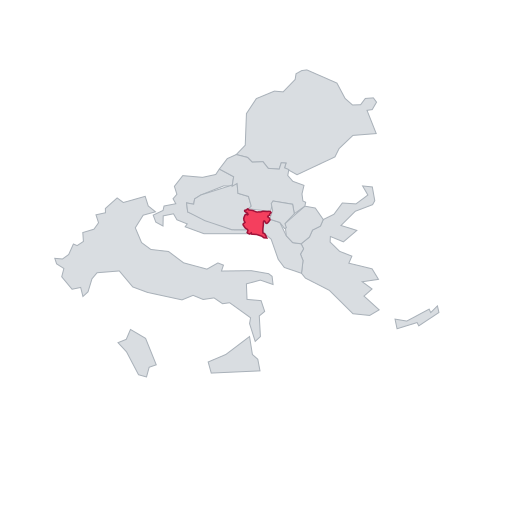 Montenegro highlighted, Equal Earth projection, rotated 331°
{"feature_id": "MNE", "entity_name": "Montenegro", "entity_type": "country or territory", "adm_level": 0, "iso_a3": "MNE", "parent_name": "Europe", "parent_adm1": "", "projection": "equal_earth", "projection_center": [19.258, 42.706], "detail": "fine", "context": "with_neighbors", "style": "filled", "palette": "rose", "viewbox_px": 512, "rotation_deg": 331, "n_neighbors": 9, "source": "natural_earth", "source_scale": "50m", "svg_char_len": 5099}
<svg xmlns="http://www.w3.org/2000/svg" viewBox="0 0 512 512"><g transform="rotate(331 256 256)"><path d="M413.6,170.7L420.8,174.4L428.0,171.2L435.3,174.6L436.0,179.9L428.6,184.3L423.7,182.4L420.5,207.2L399.2,197.5L380.8,202.3L373.1,207.6L331.3,204.8L323.7,192.7L327.3,189.3L323.3,186.7L318.4,191.3L309.2,185.3L307.8,176.9L298.2,172.1L296.4,165.7L287.9,157.7L300.3,153.9L316.7,126.8L332.6,118.5L352.0,120.7L359.3,125.6L375.8,120.6L379.4,116.0L385.9,116.0L390.7,117.9L410.6,144.0L410.3,161.4L413.6,170.7Z" fill="#d9dde1" stroke="#a8b0b8" stroke-width="1"/><path d="M390.5,387.6L388.6,394.1L364.5,396.0L364.6,392.3L344.1,388.0L347.0,378.6L356.3,386.0L381.7,386.4L381.4,390.2L390.5,387.6ZM332.5,256.7L344.4,257.3L357.2,251.5L368.7,258.9L383.4,256.9L383.2,246.4L391.2,252.0L386.7,265.2L382.9,267.6L364.5,265.0L345.1,270.5L356.6,282.5L339.3,286.0L330.5,275.0L327.6,279.7L331.4,292.5L339.8,302.6L333.7,307.3L351.3,323.5L351.8,335.8L336.4,330.0L341.5,341.1L331.0,343.4L337.6,362.8L326.6,363.1L312.8,353.5L303.5,321.6L288.5,299.3L287.4,293.2L294.9,282.8L295.8,275.9L301.1,272.8L301.4,267.2L311.9,265.3L318.0,260.7L326.8,261.1L332.5,256.7Z" fill="#d9dde1" stroke="#a8b0b8" stroke-width="1"/><path d="M301.4,267.2L301.1,272.8L295.8,275.9L294.9,282.8L287.4,293.2L275.2,279.8L273.8,269.7L277.4,248.7L273.6,238.7L280.5,228.4L281.5,232.3L285.8,230.4L293.1,238.2L292.3,253.0L294.6,262.1L301.4,267.2Z" fill="#d9dde1" stroke="#a8b0b8" stroke-width="1"/><path d="M230.9,150.2L247.4,161.3L260.3,165.2L266.1,162.2L274.9,175.8L268.9,183.5L261.8,179.0L237.4,175.9L230.0,176.3L226.6,180.5L221.0,175.9L217.6,184.3L247.6,221.3L261.7,229.2L259.9,232.7L221.3,211.3L208.2,196.1L211.4,194.6L204.4,186.0L204.3,179.1L194.3,175.9L189.2,184.7L184.8,177.8L185.9,170.4L196.8,171.1L199.8,167.7L211.2,171.4L211.2,165.7L216.7,163.7L218.4,155.5L230.9,150.2Z" fill="#d9dde1" stroke="#a8b0b8" stroke-width="1"/><path d="M136.0,142.4L145.3,145.2L147.3,141.4L162.7,137.9L165.9,144.9L188.0,150.1L186.0,160.0L189.5,168.6L177.1,165.6L164.1,172.8L162.4,188.8L167.2,199.3L181.7,209.7L189.3,226.8L206.7,243.7L219.3,243.6L223.1,248.2L218.5,252.4L244.7,266.5L258.5,277.6L260.2,281.6L257.1,289.2L248.1,279.2L234.1,275.7L227.1,289.6L238.8,297.5L236.7,308.7L229.8,310.0L220.8,328.6L213.9,330.3L217.6,312.0L221.3,307.4L210.3,284.1L203.6,281.5L199.0,272.3L188.7,268.4L181.9,259.9L170.0,258.5L143.5,235.3L133.2,223.3L129.2,202.8L108.9,193.6L101.5,196.4L91.7,205.9L85.0,207.5L87.4,198.5L79.0,195.9L76.0,180.0L81.9,173.8L77.8,166.2L78.9,160.5L85.3,164.8L92.9,163.9L102.1,157.0L104.6,160.2L112.1,159.6L115.9,151.5L127.3,154.0L134.4,150.6L136.0,142.4ZM182.0,327.5L211.3,323.3L205.1,340.4L207.5,347.2L203.8,358.4L160.1,336.7L162.8,325.5L182.0,327.5ZM102.1,266.0L110.6,259.4L119.5,274.5L116.0,302.8L108.6,301.5L101.6,308.7L95.7,302.9L96.3,277.1L93.3,264.9L102.1,266.0Z" fill="#d9dde1" stroke="#a8b0b8" stroke-width="1"/><path d="M261.7,229.2L247.6,221.3L228.4,200.3L217.6,184.3L221.0,175.9L226.6,180.5L230.0,176.3L237.4,175.9L274.6,183.4L270.6,192.4L278.3,200.3L276.0,210.1L264.0,217.7L261.7,229.2Z" fill="#d9dde1" stroke="#a8b0b8" stroke-width="1"/><path d="M322.9,236.1L331.1,242.8L332.5,256.7L326.8,261.1L318.0,260.7L311.9,265.3L301.4,267.2L294.6,262.1L292.3,253.0L297.0,241.7L322.9,236.1Z" fill="#d9dde1" stroke="#a8b0b8" stroke-width="1"/><path d="M266.1,162.2L278.1,156.9L287.9,157.7L296.4,165.7L298.2,172.1L307.8,176.9L309.2,185.3L318.4,191.3L323.3,186.7L327.3,189.3L323.7,192.7L326.6,196.3L322.8,201.0L324.4,208.5L332.2,217.5L326.3,224.0L323.7,230.6L325.5,233.1L322.9,236.1L310.0,237.6L313.1,228.5L297.6,216.2L288.8,225.8L290.1,224.0L272.2,211.0L276.0,210.1L278.3,200.3L270.6,192.4L274.6,183.4L268.9,183.5L274.9,175.8L266.1,162.2Z" fill="#d9dde1" stroke="#a8b0b8" stroke-width="1"/><path d="M294.3,245.8L293.1,238.2L285.8,230.4L292.6,224.3L294.8,217.4L297.6,216.2L313.1,228.5L310.0,237.6L297.0,241.7L296.3,246.0L294.3,245.8Z" fill="#d9dde1" stroke="#a8b0b8" stroke-width="1"/><path d="M271.8,210.8L271.8,211.0L271.9,211.8L272.2,212.5L273.5,213.3L275.3,214.7L277.5,217.4L278.5,218.3L279.4,218.5L281.2,219.6L282.4,219.9L283.8,220.2L287.4,222.5L289.0,223.2L290.1,224.1L290.2,224.9L290.2,225.4L288.1,226.1L287.8,227.0L286.8,226.9L285.6,226.9L285.2,227.4L285.8,228.4L286.1,229.5L285.8,231.1L285.7,231.3L285.4,231.3L283.7,232.2L282.5,232.6L281.3,232.8L280.8,232.4L280.5,231.8L280.6,230.1L280.4,229.5L280.0,229.2L279.2,229.6L278.3,230.9L277.4,232.5L276.2,234.1L275.1,235.6L274.0,237.5L273.2,239.2L274.0,240.1L274.5,241.3L274.3,242.3L274.5,242.8L274.2,244.5L274.2,245.5L271.7,243.9L270.7,241.5L267.0,237.5L262.8,234.8L262.6,234.4L262.8,233.9L263.0,233.5L262.2,233.5L261.5,233.8L261.0,233.7L260.3,232.7L259.7,231.8L259.7,231.0L260.0,230.9L260.4,230.6L261.3,229.8L261.4,229.3L261.4,228.7L260.2,226.5L260.0,225.1L259.8,222.5L260.1,221.9L260.6,221.6L262.7,221.3L262.7,219.3L262.8,218.7L263.3,217.8L263.5,217.1L264.7,216.0L266.4,214.7L267.1,214.6L267.7,214.8L268.4,215.9L269.2,215.8L269.3,214.4L268.3,212.7L267.8,211.5L267.9,210.9L268.3,210.6L269.2,210.8L270.0,211.1L270.5,210.9L271.3,210.7L271.8,210.8Z" fill="#f43f5e" stroke="#9f1239" stroke-width="1.5"/></g></svg>